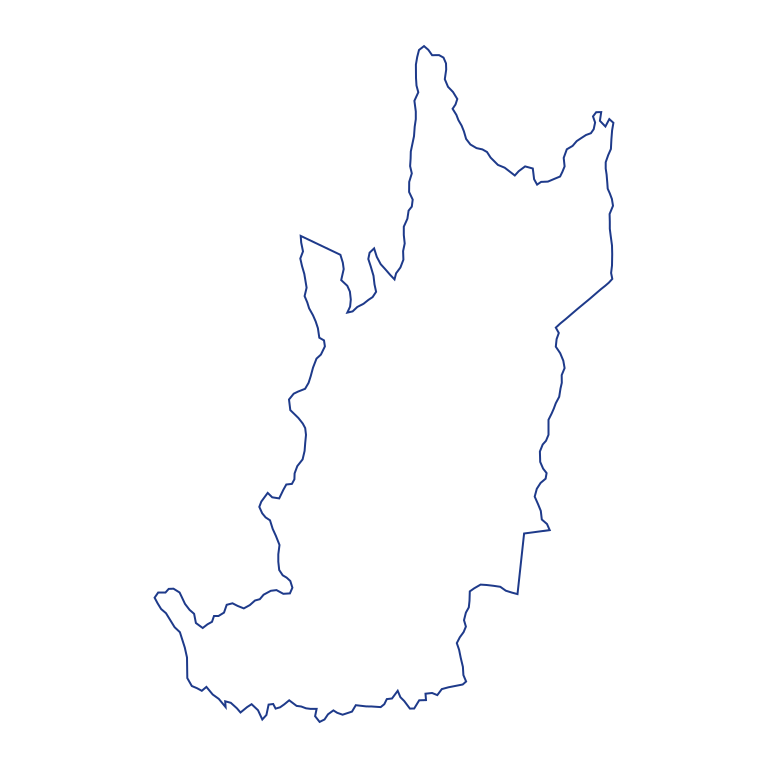 Maiquinique, Bahia, Brazil
{"feature_id": "56859067B35970304488372", "entity_name": "Maiquinique", "entity_type": "district", "adm_level": 2, "iso_a3": "BRA", "parent_name": "Brazil", "parent_adm1": "Bahia", "projection": "equal_earth", "projection_center": [-40.278, -15.65], "detail": "fine", "context": "isolated", "style": "outline", "palette": "blue", "viewbox_px": 768, "rotation_deg": 0, "n_neighbors": 0, "source": "geoboundaries", "source_scale": "gbopen_adm2", "svg_char_len": 4250}
<svg xmlns="http://www.w3.org/2000/svg" viewBox="0 0 768 768"><path d="M609.3,119.1L605.4,126.5L599.9,120.8L601.2,112.1L596.2,112.2L593.0,116.4L595.1,122.5L593.7,129.2L590.9,133.2L586.0,135.0L581.2,138.1L576.7,141.1L572.6,145.9L566.8,149.3L563.7,157.9L564.6,166.4L562.4,171.8L560.1,176.5L555.0,178.6L547.9,181.6L541.1,181.9L537.1,184.6L534.1,179.2L532.8,168.5L525.1,166.4L518.7,171.2L514.8,175.5L510.8,172.4L504.7,167.7L497.9,164.9L490.6,157.6L487.0,152.0L482.4,149.4L476.5,148.1L470.4,144.5L466.1,138.9L463.9,131.3L461.6,125.6L458.4,120.1L456.4,114.9L452.6,108.8L455.5,104.5L457.3,99.0L453.0,92.0L448.0,86.8L444.8,79.2L446.2,69.5L446.0,63.4L443.5,57.6L439.0,55.1L432.1,55.2L428.3,49.8L424.0,46.1L419.0,50.0L417.2,57.0L415.9,64.6L416.0,78.0L416.5,85.6L418.3,92.3L414.4,100.8L415.8,111.5L415.8,119.2L414.7,126.7L414.0,136.2L412.2,144.8L410.8,151.5L410.6,158.8L410.1,166.1L411.8,173.4L409.2,181.9L409.1,192.0L412.7,199.6L411.8,206.6L408.6,210.6L407.4,218.7L403.8,226.7L403.8,235.0L404.7,243.5L403.1,251.1L403.4,259.7L400.4,267.5L396.1,273.3L394.5,279.4L390.2,274.9L384.8,268.7L380.7,264.2L376.8,256.9L374.1,248.4L369.6,252.7L368.3,259.0L370.7,266.3L373.5,275.8L374.5,284.4L376.1,291.8L372.6,297.1L368.4,299.9L363.5,303.8L357.4,306.9L352.6,311.4L347.3,312.6L350.1,306.6L350.8,299.6L349.9,291.6L347.3,285.8L341.2,280.1L343.7,269.1L342.8,262.6L340.4,254.8L300.7,235.9L301.2,242.6L303.0,251.4L300.3,258.5L302.0,266.0L304.3,273.9L306.6,287.7L304.6,296.1L307.3,302.5L309.1,308.3L313.0,315.3L315.7,321.5L317.9,328.2L319.3,337.7L324.0,340.4L324.9,346.4L320.9,354.6L316.5,358.6L313.0,367.7L310.7,376.2L308.6,382.8L305.1,388.8L298.0,391.6L293.7,393.7L289.0,399.5L290.3,410.1L298.4,418.0L302.8,423.6L305.2,428.1L306.0,434.9L305.2,443.1L304.6,450.9L302.6,459.4L297.3,466.1L294.6,473.4L294.4,479.3L291.9,483.9L286.3,484.5L283.3,489.9L279.2,498.4L272.2,497.3L267.7,492.9L261.3,501.6L259.3,506.9L262.2,513.3L265.6,517.4L270.0,520.3L272.7,528.9L275.9,535.9L279.5,545.0L278.3,554.3L278.3,561.7L279.2,570.0L282.7,575.3L286.6,577.6L290.3,581.0L292.4,587.7L289.9,593.4L283.3,593.8L276.5,590.1L270.8,590.8L263.6,594.7L259.8,599.2L255.0,600.5L249.8,605.1L243.8,608.4L237.6,605.9L232.5,603.3L226.7,604.8L224.0,612.6L218.5,616.0L214.0,616.0L212.0,621.8L207.5,624.3L202.7,628.0L195.9,623.0L194.1,613.8L189.6,609.9L185.0,603.9L181.8,597.1L179.6,592.5L173.5,588.7L168.7,588.9L165.5,592.5L158.2,592.5L154.6,597.7L157.6,603.3L161.1,609.0L166.0,613.2L174.6,627.2L179.9,632.2L184.8,647.6L187.0,657.5L187.3,678.1L191.8,686.0L197.0,688.2L201.8,690.8L206.4,686.9L212.7,694.5L218.8,698.9L225.6,707.1L225.2,701.3L230.8,702.8L236.9,708.3L240.5,712.5L247.1,707.1L251.6,704.2L258.0,710.2L262.3,719.5L266.4,715.0L268.6,704.6L273.2,704.0L275.6,708.6L280.1,707.3L284.2,704.4L289.2,700.3L296.6,705.9L301.2,706.5L306.0,708.3L310.7,708.9L316.6,708.9L315.1,716.2L319.6,721.9L324.5,719.5L328.0,714.3L333.4,710.4L337.2,712.8L342.6,714.7L352.0,711.6L355.8,705.2L366.2,706.4L371.9,706.5L380.7,707.1L384.3,704.2L386.8,699.1L392.0,698.5L397.7,690.8L400.4,697.2L404.2,701.0L409.9,708.6L414.2,708.5L419.2,700.3L426.0,700.1L425.5,693.7L432.1,693.0L437.3,695.1L441.8,689.1L448.4,687.3L462.7,684.5L466.1,681.5L463.4,675.1L462.9,666.9L460.7,657.7L459.1,649.8L456.8,643.1L459.8,637.3L463.6,632.1L465.9,626.6L464.0,620.2L465.9,612.6L468.8,607.4L469.5,600.8L469.8,591.4L474.2,588.3L480.6,584.6L486.7,585.0L493.5,585.8L500.3,586.8L505.8,590.7L511.9,592.6L517.5,594.1L524.1,533.5L549.7,530.1L547.0,524.0L541.8,519.5L540.8,510.9L538.1,504.3L534.7,496.6L536.8,488.8L540.6,482.9L545.6,478.7L546.6,473.1L543.1,468.6L540.2,461.9L539.9,451.5L542.7,444.5L546.0,440.8L548.5,434.8L548.5,427.4L548.5,419.8L551.7,413.4L553.8,408.6L555.8,403.2L559.2,396.8L560.5,388.5L561.8,382.8L561.7,375.1L564.6,368.1L563.3,360.7L560.2,353.2L555.8,346.7L556.6,339.1L558.8,333.0L555.8,327.6L560.5,323.3L565.3,319.4L571.0,314.5L577.3,309.1L583.7,303.8L590.0,298.6L595.9,293.5L600.9,289.2L605.2,285.8L608.8,282.7L612.3,278.9L611.1,273.0L612.0,265.5L612.2,254.1L612.0,245.5L610.7,235.9L609.8,228.8L609.8,221.6L609.6,214.0L613.0,205.8L611.9,199.0L609.8,193.4L607.7,188.7L607.3,182.9L606.6,174.6L605.7,168.5L605.7,162.2L608.2,155.1L610.9,149.0L611.4,139.3L612.1,130.4L613.4,122.8L609.3,119.1Z" fill="none" stroke="#1e3a8a" stroke-width="2"/></svg>